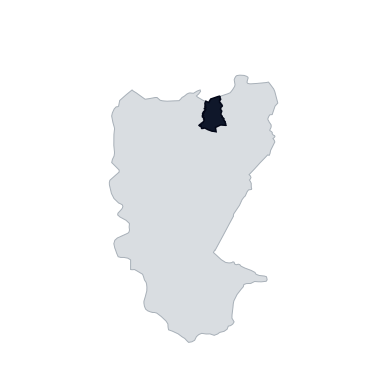 location of Komonjdjari, Komondjari, Burkina Faso, rotated 299°
{"feature_id": "67063806B37049013397139", "entity_name": "Komonjdjari", "entity_type": "district", "adm_level": 2, "iso_a3": "BFA", "parent_name": "Burkina Faso", "parent_adm1": "Komondjari", "projection": "robinson", "projection_center": [0.756, 12.703], "detail": "fine", "context": "in_parent", "style": "filled", "palette": "ink", "viewbox_px": 384, "rotation_deg": 299, "n_neighbors": 0, "source": "geoboundaries", "source_scale": "gbopen_adm2", "svg_char_len": 7165}
<svg xmlns="http://www.w3.org/2000/svg" viewBox="0 0 384 384"><g transform="rotate(299 192 192)"><path d="M275.1,240.2L266.5,240.6L263.3,241.6L261.4,241.7L261.3,240.8L261.1,240.2L250.2,237.3L242.5,235.5L234.8,233.5L234.3,235.4L233.2,236.6L231.5,236.7L230.3,236.4L229.6,237.8L228.3,239.6L226.5,240.6L224.7,241.7L223.7,242.7L223.0,242.7L221.2,240.4L218.9,240.1L214.4,240.5L212.5,239.9L209.7,239.5L203.3,240.0L193.1,239.1L191.4,239.6L191.0,240.0L180.9,240.1L169.7,240.3L160.4,240.4L152.2,240.5L152.2,240.1L149.6,240.0L149.3,240.8L147.0,250.4L146.7,255.6L147.9,258.8L149.3,260.8L150.8,261.7L151.0,262.8L149.7,264.3L149.8,265.9L151.3,267.5L151.6,269.1L150.9,270.9L151.1,275.1L152.1,281.7L152.2,286.0L151.1,288.0L151.6,291.3L153.6,296.1L154.0,298.1L153.2,299.0L151.6,300.3L149.9,300.2L147.9,297.4L147.0,296.1L145.5,293.2L144.1,290.2L142.3,288.9L140.5,287.7L138.3,284.0L136.2,282.2L134.0,282.8L130.7,282.1L124.2,281.1L117.1,281.4L114.2,282.3L111.3,283.6L103.9,286.6L101.0,288.1L98.8,291.8L96.3,291.7L93.8,290.5L92.3,288.8L88.9,289.2L85.7,287.6L82.6,284.3L80.3,283.3L77.4,280.9L76.6,276.5L74.7,273.3L73.1,269.0L70.5,267.0L67.6,266.0L63.6,266.2L60.9,264.5L58.8,261.9L59.4,259.7L60.4,256.6L60.5,253.6L61.2,248.7L60.8,242.6L60.1,238.3L62.3,236.5L64.9,234.9L66.5,232.0L68.2,225.5L69.0,219.9L68.5,217.8L67.6,216.2L67.0,213.8L66.6,210.8L67.1,208.2L69.0,205.8L71.5,203.8L73.2,202.9L77.8,201.9L83.6,200.4L86.9,198.7L89.3,197.0L90.7,195.7L92.1,193.0L94.3,190.8L96.1,188.7L96.3,182.7L96.3,179.3L95.1,177.5L94.4,175.9L102.9,171.2L103.0,167.9L101.8,164.3L100.2,161.3L99.6,158.8L101.9,155.8L104.0,153.5L105.6,151.6L108.9,148.7L112.4,147.9L115.6,149.0L124.9,155.9L126.5,156.3L128.4,155.8L130.9,154.0L134.1,152.6L135.3,148.0L135.2,141.2L135.9,138.1L137.6,137.5L142.9,138.8L144.3,138.9L145.9,138.5L147.0,137.3L147.0,135.1L146.8,133.2L148.5,126.9L151.7,122.2L158.2,116.3L160.2,115.1L162.5,114.5L174.1,118.6L175.9,117.6L178.8,107.5L181.9,106.6L185.7,106.4L188.1,105.5L189.4,104.8L194.9,101.0L204.5,95.8L209.8,93.6L210.8,92.8L214.5,89.1L219.5,84.9L222.6,84.0L227.0,83.7L229.7,84.4L230.5,85.6L231.4,86.2L237.0,84.4L245.2,87.3L252.2,90.1L251.8,91.9L251.7,95.0L251.1,100.0L250.4,106.0L253.3,109.8L256.8,114.0L257.7,115.6L256.8,119.7L257.5,122.1L259.3,126.1L262.4,131.1L265.6,136.4L267.9,137.1L270.0,137.5L271.3,138.4L273.2,139.3L275.0,139.9L276.7,141.1L277.7,142.2L279.0,145.4L282.7,147.5L285.2,149.6L284.2,150.7L281.0,150.3L278.1,149.3L277.7,150.9L277.5,156.8L278.0,161.7L278.7,162.4L281.7,163.3L288.8,169.7L295.3,175.7L297.4,177.3L301.0,177.9L305.0,178.1L306.7,177.6L310.6,174.5L312.6,174.2L314.5,174.3L315.6,174.8L317.4,177.2L319.2,181.0L319.7,183.8L319.5,185.3L318.9,185.8L315.7,186.5L314.4,187.1L314.0,187.9L314.5,189.8L315.1,191.0L318.6,196.4L323.6,203.7L325.2,205.6L324.3,207.8L321.7,213.5L319.9,215.8L311.4,223.9L307.3,223.0L298.6,224.6L297.3,222.7L295.3,222.5L292.8,222.8L291.9,223.5L291.6,224.3L290.7,225.4L289.1,228.6L287.9,229.4L286.4,229.9L284.5,229.9L283.4,230.3L283.4,231.9L283.0,233.3L281.8,233.9L281.2,235.5L281.3,237.0L280.6,237.7L278.9,237.3L278.0,236.9L277.1,238.9L275.9,240.2L275.1,240.2Z" fill="#d9dde1" stroke="#a8b0b8" stroke-width="1"/><path d="M256.4,183.9L259.8,181.2L264.5,184.5L266.7,189.3L266.9,189.4L267.0,189.2L266.9,189.0L267.0,189.0L267.1,188.9L267.3,188.8L267.4,188.7L267.6,188.6L267.7,188.4L267.9,188.3L268.1,188.3L268.2,188.2L268.3,188.1L268.4,187.9L268.5,187.8L268.6,187.7L268.9,187.3L269.0,187.2L269.3,187.0L269.5,187.0L269.6,186.9L269.6,186.6L269.6,186.4L269.7,186.2L269.6,185.9L269.8,186.1L270.0,185.9L269.9,185.6L270.0,185.4L270.1,185.5L270.2,185.4L270.2,185.0L270.3,185.0L270.7,184.9L270.9,184.7L271.0,184.3L271.0,184.2L271.3,184.2L271.3,184.3L271.6,184.3L271.6,184.2L271.7,183.7L271.8,183.7L271.9,183.4L272.0,182.7L271.9,182.5L271.9,182.3L271.8,182.1L271.8,181.9L272.1,181.9L272.5,181.9L272.9,181.8L273.0,181.7L273.0,181.3L273.0,181.0L273.1,180.9L273.2,180.7L273.4,180.4L273.5,180.1L273.7,179.9L274.2,179.5L274.5,179.3L275.1,179.2L275.9,179.0L276.5,179.0L277.2,178.8L277.3,178.7L277.6,177.7L277.7,177.3L277.9,177.1L278.1,176.9L278.3,176.8L278.4,177.0L278.9,176.6L279.1,176.5L279.3,176.5L279.7,176.4L279.9,176.2L281.5,176.8L281.9,176.8L282.0,176.8L282.2,176.5L282.3,176.4L282.3,176.1L282.5,175.9L282.7,175.7L282.8,175.7L283.0,175.6L283.1,175.3L282.9,175.1L283.0,174.4L283.2,174.2L283.3,174.3L283.6,174.0L283.6,173.9L283.6,174.0L283.6,173.8L283.6,173.7L283.8,173.6L283.8,173.4L283.8,173.2L283.7,173.0L283.7,172.9L283.8,172.8L283.8,172.7L284.1,172.6L284.2,172.4L284.3,172.3L284.5,172.3L284.8,172.2L285.0,172.1L285.4,172.0L285.4,171.8L285.4,171.7L285.5,171.7L285.5,171.8L285.8,172.0L286.0,172.1L286.3,171.9L286.5,172.0L286.8,172.1L287.0,172.1L287.0,171.6L287.3,171.5L287.5,171.5L287.7,171.3L287.7,171.1L287.8,171.1L288.0,171.0L288.0,170.9L288.3,170.6L288.5,170.5L288.6,170.4L288.9,170.4L288.9,170.1L288.9,169.8L288.8,169.6L289.0,169.5L288.6,169.0L288.3,168.7L287.7,168.1L282.4,163.3L278.4,163.3L278.2,161.1L278.2,160.1L277.9,160.1L277.7,160.1L277.2,160.1L276.9,160.2L276.6,160.2L276.3,160.2L276.2,160.2L275.9,160.3L275.7,160.4L275.6,160.5L275.4,160.6L275.2,160.8L275.1,161.1L274.9,161.2L274.8,161.3L274.7,161.3L274.6,161.2L274.5,161.3L274.6,161.6L274.5,161.8L274.3,161.9L274.1,162.0L273.9,162.0L273.8,161.9L273.7,161.8L273.6,161.7L273.4,161.6L273.1,161.8L273.0,162.0L272.9,162.1L273.0,162.3L273.2,162.5L273.0,162.8L272.9,162.8L272.7,162.9L272.6,163.1L272.4,163.1L272.2,163.2L271.9,163.1L271.7,163.0L271.7,162.9L271.6,162.7L271.4,162.3L271.2,162.3L270.8,162.4L270.8,162.5L270.8,162.9L270.9,163.1L271.0,163.3L271.0,163.5L270.9,163.9L270.9,164.0L270.6,164.1L270.4,163.9L269.9,163.7L269.7,163.6L269.3,163.7L269.2,163.9L268.9,163.9L268.7,163.9L268.7,164.0L268.4,164.0L268.2,164.0L268.1,163.9L268.0,163.7L268.0,163.3L268.1,163.2L267.9,163.1L267.7,163.2L267.5,163.3L267.4,163.5L267.5,163.7L267.5,163.8L267.4,163.9L267.4,164.0L266.9,164.1L266.7,164.0L266.8,163.9L266.7,163.8L266.7,163.7L266.6,163.3L266.5,163.2L266.3,163.1L266.1,163.1L266.1,163.3L266.1,163.5L265.9,163.5L265.7,163.5L265.4,163.6L265.4,163.9L265.2,163.9L265.3,164.0L265.2,164.1L265.1,164.3L264.9,164.4L264.8,164.5L264.7,164.5L264.6,164.8L264.4,164.7L264.2,164.6L263.8,164.4L263.7,164.4L263.4,164.3L262.9,164.6L262.9,164.8L262.7,164.9L262.7,165.0L262.8,165.0L262.7,165.2L262.8,165.4L262.7,165.5L262.7,165.8L262.8,166.1L262.9,166.3L262.7,166.6L262.4,166.7L262.3,166.8L262.2,166.7L261.9,166.6L261.5,166.6L261.4,166.7L261.4,166.8L261.4,167.1L261.4,167.3L261.4,167.6L261.2,167.8L261.1,167.7L260.9,167.7L260.7,167.7L259.7,168.0L259.4,167.9L259.1,167.7L258.8,167.7L258.5,168.0L258.2,168.0L258.0,167.9L256.9,166.9L256.7,166.8L256.4,166.7L256.1,166.8L255.8,166.9L255.7,166.8L255.4,166.6L255.1,166.3L254.8,166.1L254.4,165.9L253.8,165.9L253.6,165.9L253.6,166.3L253.5,166.7L253.4,167.0L253.5,167.3L253.8,167.5L253.8,167.8L254.0,168.0L253.0,168.8L252.7,169.1L252.5,169.3L252.3,169.6L252.5,169.8L252.5,170.0L252.6,170.3L252.8,170.5L253.0,170.8L253.1,170.7L253.5,170.8L253.7,171.0L253.8,171.1L254.2,173.3L254.2,173.9L254.2,174.8L254.2,175.3L254.3,176.2L254.5,177.4L254.8,179.3L254.8,179.7L254.9,180.0L255.1,180.5L255.4,181.1L255.9,182.5L256.4,183.9Z" fill="#0f172a" stroke="#020617" stroke-width="1.5"/></g></svg>